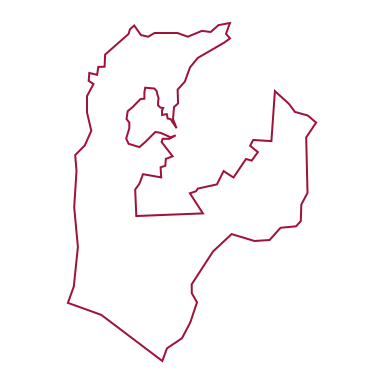 Bukhara, Bukhoro, Uzbekistan
{"feature_id": "79887680B68174345072699", "entity_name": "Bukhara", "entity_type": "district", "adm_level": 2, "iso_a3": "UZB", "parent_name": "Uzbekistan", "parent_adm1": "Bukhoro", "projection": "orthographic", "projection_center": [64.472, 39.582], "detail": "fine", "context": "isolated", "style": "outline", "palette": "rose", "viewbox_px": 384, "rotation_deg": 0, "n_neighbors": 0, "source": "geoboundaries", "source_scale": "gbopen_adm2", "svg_char_len": 1527}
<svg xmlns="http://www.w3.org/2000/svg" viewBox="0 0 384 384"><path d="M67.9,302.9L101.3,314.9L162.3,361.0L167.0,348.3L182.0,338.2L190.3,322.4L197.0,302.3L191.8,293.3L191.7,284.3L213.0,251.5L231.6,234.1L254.5,241.0L269.6,240.0L280.5,227.8L296.1,226.3L300.8,221.0L301.3,204.6L307.5,192.9L306.2,137.4L316.1,122.6L307.8,115.5L294.9,111.9L288.9,103.8L274.9,91.1L271.4,141.1L253.2,140.0L250.1,145.8L257.9,152.1L251.7,160.6L246.0,159.0L233.5,177.5L223.6,171.1L216.9,184.4L197.7,188.6L196.1,191.2L189.9,193.3L202.9,213.4L136.3,216.0L135.2,189.5L139.4,183.7L143.0,174.2L161.2,177.4L160.6,167.3L165.3,165.8L165.8,158.9L172.6,156.3L161.6,142.0L162.6,138.8L169.4,138.8L175.7,135.3L170.5,137.3L164.8,134.7L161.0,133.0L158.1,132.4L155.3,132.0L145.8,141.5L139.4,147.1L128.6,143.8L126.2,138.5L129.3,128.3L129.3,122.6L126.5,119.0L127.7,111.2L132.5,107.2L140.4,99.1L144.4,98.7L144.4,92.2L145.2,87.7L154.4,88.5L156.8,91.4L157.2,93.8L158.6,98.2L158.1,101.6L158.0,105.2L160.4,107.6L163.2,108.0L162.0,110.5L162.1,115.0L166.8,114.1L167.7,118.6L170.5,119.0L176.6,128.2L173.0,119.2L174.0,107.1L178.1,103.4L177.6,89.6L184.8,81.7L190.0,67.4L197.8,57.9L224.2,42.6L230.0,38.4L226.0,33.9L229.9,23.0L218.5,25.1L210.7,32.0L201.8,30.9L187.8,36.7L177.4,33.0L154.5,33.0L148.2,36.7L141.0,35.1L134.2,25.5L130.0,29.2L128.5,34.0L105.1,54.6L104.6,66.7L98.3,66.9L97.1,74.8L89.3,73.0L88.7,80.9L93.5,84.0L87.0,96.1L87.0,112.5L91.3,130.8L84.8,145.4L75.2,155.1L76.5,170.9L74.2,207.4L77.9,247.0L73.8,286.5L67.9,302.9Z" fill="none" stroke="#9f1239" stroke-width="2"/></svg>